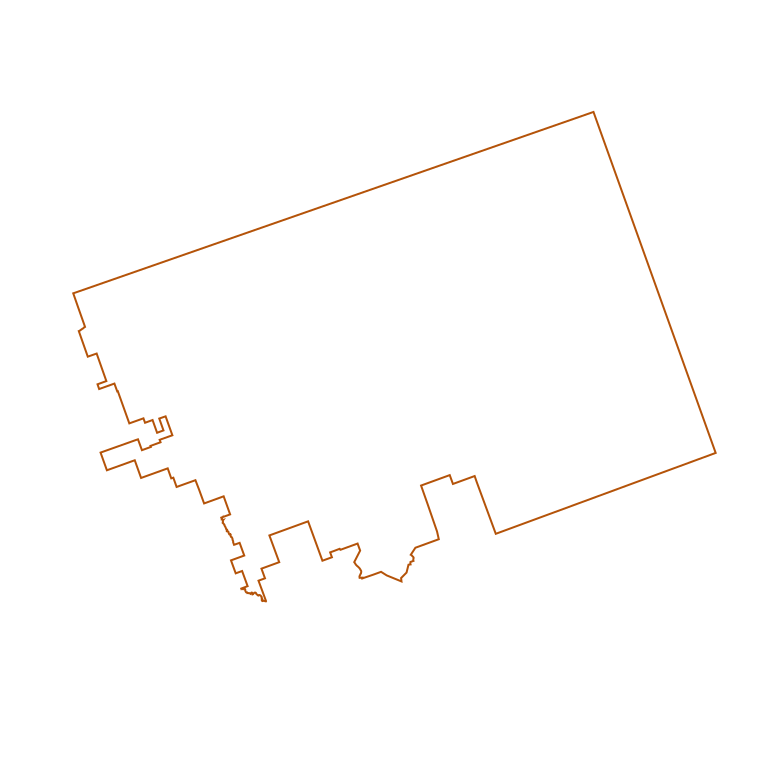 Halls Creek, Western Australia, Australia, rotated 250°
{"feature_id": "25037944B45139039746134", "entity_name": "Halls Creek", "entity_type": "district", "adm_level": 2, "iso_a3": "AUS", "parent_name": "Australia", "parent_adm1": "Western Australia", "projection": "orthographic", "projection_center": [126.613, -19.001], "detail": "fine", "context": "isolated", "style": "outline", "palette": "amber", "viewbox_px": 768, "rotation_deg": 250, "n_neighbors": 0, "source": "geoboundaries", "source_scale": "gbopen_adm2", "svg_char_len": 4832}
<svg xmlns="http://www.w3.org/2000/svg" viewBox="0 0 768 768"><g transform="rotate(250 384 384)"><path d="M205.0,438.3L205.8,672.1L568.0,673.9L575.5,123.0L560.7,122.8L539.9,122.6L539.8,122.2L539.8,121.9L539.7,121.5L539.6,121.2L539.2,120.5L539.1,119.7L539.0,119.3L538.9,119.0L538.8,118.7L538.8,118.4L538.6,117.9L538.5,117.6L538.4,116.9L538.2,116.6L538.1,116.3L538.1,116.0L538.1,115.3L511.0,115.0L510.9,124.4L481.7,124.1L481.7,114.7L476.7,114.6L476.6,130.8L468.3,130.8L468.3,131.4L434.1,131.2L434.0,146.2L429.3,146.2L429.3,154.2L415.8,154.1L415.8,160.9L428.4,161.0L428.3,167.7L408.2,167.6L408.3,154.1L405.7,154.1L405.7,143.4L404.6,143.4L404.6,133.9L416.2,133.9L416.5,94.2L397.7,94.1L397.6,123.7L378.8,123.6L378.7,151.9L368.1,151.8L368.0,154.0L358.2,153.9L358.1,173.9L348.2,174.1L333.3,174.1L333.3,194.9L314.1,194.8L314.1,185.4L313.8,185.4L313.6,185.4L313.4,185.4L312.9,185.3L313.0,185.5L313.2,185.8L313.0,185.7L312.9,185.7L312.7,185.5L312.3,185.7L312.2,185.9L311.9,186.0L311.1,186.2L311.1,186.3L310.9,186.0L310.7,185.9L310.3,185.6L310.1,185.6L309.8,185.6L309.6,185.6L309.3,185.5L309.1,185.3L308.9,185.1L308.7,184.9L308.0,185.2L307.6,185.5L307.2,185.6L306.9,185.7L306.4,185.9L306.2,185.8L305.9,185.8L305.6,185.7L305.2,185.8L304.9,185.9L304.6,185.9L304.3,186.0L304.1,186.0L303.8,186.0L303.6,186.1L303.3,186.1L303.0,186.1L302.7,186.1L302.0,186.1L301.9,186.1L301.6,186.3L301.4,186.3L301.2,186.2L301.1,186.3L300.9,186.4L300.9,186.5L300.7,186.7L300.4,186.7L300.0,186.5L299.8,186.4L299.9,186.2L299.6,185.9L299.4,185.9L299.3,186.0L299.2,186.1L299.1,186.4L299.0,186.7L298.9,186.9L298.8,187.0L298.5,187.2L298.2,187.1L297.9,187.2L297.7,187.2L297.4,187.1L297.2,187.1L296.7,187.1L296.3,187.1L295.7,187.2L295.5,187.3L295.5,187.5L295.5,187.8L295.5,188.2L295.4,188.2L295.3,188.3L295.0,188.4L294.7,188.4L294.1,188.0L293.8,188.0L293.6,187.9L293.0,187.9L292.8,187.9L292.6,188.0L292.3,188.2L292.3,188.4L292.2,188.5L291.9,188.6L291.5,188.6L291.1,188.7L290.6,188.7L290.4,188.7L290.0,188.6L289.8,188.5L289.6,188.5L289.4,188.5L289.3,188.4L289.0,188.4L288.8,188.4L288.7,188.4L288.2,188.5L287.8,188.5L287.6,188.4L287.2,188.2L286.8,188.1L286.4,188.1L286.2,188.1L285.9,188.1L285.5,188.1L285.3,188.1L284.9,188.1L284.2,188.1L284.1,194.0L270.6,194.0L270.6,179.9L256.8,179.9L256.8,186.7L240.7,186.7L240.6,179.9L240.4,179.9L240.5,180.1L240.5,180.3L240.5,180.5L240.4,180.6L240.1,180.8L239.6,181.1L239.4,181.3L239.5,181.5L239.5,181.8L239.6,182.1L239.7,182.5L239.6,182.8L239.4,182.9L239.1,183.1L238.9,183.2L238.8,183.3L238.5,183.3L238.2,183.3L237.9,183.1L237.7,183.0L237.1,183.0L236.6,183.0L236.4,183.0L236.2,183.0L235.8,183.1L235.5,183.2L235.3,183.3L235.2,183.5L235.0,183.9L235.0,184.0L234.7,184.1L234.4,184.1L234.4,184.3L234.1,184.6L233.9,184.8L233.8,185.0L233.8,185.5L233.6,185.8L233.2,186.3L233.0,186.5L232.8,186.6L232.7,186.6L232.5,186.8L232.3,186.9L232.3,187.0L232.5,187.4L232.7,187.5L233.1,187.7L233.3,188.1L233.2,188.4L233.1,188.6L232.9,188.7L232.7,188.7L232.5,188.8L232.4,188.8L232.1,188.8L231.8,188.8L231.6,188.8L231.3,188.7L231.3,189.1L231.6,189.5L231.8,189.9L231.9,190.1L232.0,190.3L232.1,190.6L232.2,190.8L232.2,191.0L232.1,191.3L232.1,191.5L231.9,191.9L231.6,192.1L231.3,192.2L231.1,192.2L230.5,192.2L230.2,192.3L229.7,192.6L229.3,192.9L229.2,193.0L228.9,193.1L228.7,193.1L228.2,193.5L228.3,193.9L228.3,194.1L228.4,194.3L228.3,194.6L228.2,194.7L228.2,194.8L228.2,195.0L227.9,195.3L227.5,195.5L227.1,195.7L226.8,195.9L226.4,196.0L226.1,196.0L225.8,196.2L225.7,196.2L225.4,196.2L225.2,196.1L225.1,195.9L224.8,195.8L224.5,195.9L224.2,195.8L223.9,196.0L223.7,196.0L223.4,196.1L223.1,196.0L223.0,195.8L222.9,195.5L222.8,195.2L222.7,195.2L222.1,195.3L221.9,195.3L221.7,195.4L221.6,195.5L221.5,195.8L221.5,196.0L221.7,196.5L221.4,196.9L221.2,197.2L221.1,197.4L220.9,197.7L220.5,198.0L220.4,198.1L220.4,198.5L220.2,198.8L220.3,198.9L242.1,198.8L242.1,205.7L252.4,205.7L252.4,224.6L280.9,224.5L280.9,265.7L239.0,265.7L239.0,275.8L244.2,275.8L244.2,279.8L244.3,286.0L244.1,286.1L243.9,286.1L243.6,286.0L243.4,286.2L243.1,286.4L243.1,304.6L235.6,304.6L226.8,295.1L226.1,295.3L224.8,295.6L224.1,295.7L223.8,295.8L223.1,296.1L222.4,296.4L221.4,297.0L221.0,297.2L219.9,297.7L219.5,297.9L218.5,298.2L218.3,298.2L217.6,298.4L216.9,298.4L216.6,298.5L216.3,298.6L215.3,298.4L215.1,298.3L214.2,297.7L213.8,297.5L213.4,296.8L213.1,296.6L211.9,295.4L211.7,295.2L210.8,294.9L210.2,294.8L209.6,296.9L208.7,296.9L208.7,298.7L208.9,298.7L208.7,299.2L208.5,308.8L208.5,317.0L203.2,321.1L192.5,332.9L195.8,333.7L199.1,340.7L205.8,345.2L205.4,347.2L205.7,347.2L206.7,347.5L207.7,348.0L207.7,351.2L208.4,351.2L210.0,352.0L210.3,352.3L210.6,352.4L211.0,352.4L211.4,352.3L214.1,351.1L214.4,350.8L219.4,357.5L219.4,382.4L227.3,383.4L256.6,383.9L275.9,384.1L275.9,414.6L266.5,414.6L266.5,437.7L260.0,437.6L205.0,437.8L205.0,438.3Z" fill="none" stroke="#b45309" stroke-width="2"/></g></svg>